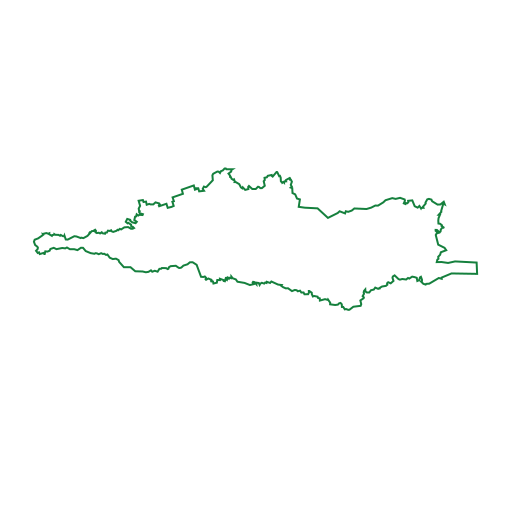 outline of Coatepec, Veracruz, Mexico, rotated 333°
{"feature_id": "50627088B84316937235456", "entity_name": "Coatepec", "entity_type": "district", "adm_level": 2, "iso_a3": "MEX", "parent_name": "Mexico", "parent_adm1": "Veracruz", "projection": "mercator", "projection_center": [-96.934, 19.445], "detail": "fine", "context": "isolated", "style": "outline", "palette": "green", "viewbox_px": 512, "rotation_deg": 333, "n_neighbors": 0, "source": "geoboundaries", "source_scale": "gbopen_adm2", "svg_char_len": 6118}
<svg xmlns="http://www.w3.org/2000/svg" viewBox="0 0 512 512"><g transform="rotate(333 256 256)"><path d="M64.6,142.5L64.2,145.9L65.4,148.5L65.4,149.7L64.4,150.8L62.4,151.5L62.9,154.2L64.3,154.2L64.2,156.1L68.6,156.9L68.1,158.9L70.4,156.2L72.2,157.4L74.5,157.6L76.0,156.4L79.5,156.9L81.3,159.3L87.0,160.9L89.5,162.6L91.4,162.6L93.3,165.5L97.1,167.4L99.6,169.7L103.8,169.2L105.6,170.2L106.5,174.3L110.0,178.4L113.1,180.7L114.2,180.6L115.4,181.4L116.7,183.0L119.3,183.2L120.5,184.7L121.8,185.1L122.9,187.0L124.3,187.2L124.9,191.1L127.0,193.7L130.0,194.8L131.7,197.3L131.4,199.1L133.2,206.0L139.1,209.0L141.5,214.8L147.9,218.3L150.5,220.5L153.0,221.3L155.9,221.1L156.4,222.9L159.1,223.2L161.2,225.3L164.1,223.6L165.8,224.3L166.7,224.0L170.4,226.0L171.4,227.6L172.2,227.6L173.3,226.5L175.3,226.3L180.1,228.3L181.8,231.5L182.7,232.1L184.2,232.4L187.0,231.6L191.2,232.3L194.2,231.6L196.7,232.8L199.1,236.9L197.6,249.6L199.6,250.8L201.1,251.0L201.6,252.6L200.5,253.8L200.7,254.5L203.3,254.4L204.8,256.2L205.3,257.2L204.6,257.5L205.4,257.3L205.4,257.9L203.8,258.3L205.4,258.4L206.1,259.2L205.6,261.2L209.0,262.0L210.6,259.8L212.9,261.1L213.5,259.9L216.5,263.1L216.0,263.7L216.8,264.4L219.2,261.8L219.8,262.0L218.7,263.1L219.2,264.2L221.1,262.5L221.6,263.9L222.4,263.3L223.8,264.5L224.7,263.0L225.1,265.2L227.4,267.7L227.8,270.5L233.6,274.8L237.4,279.1L241.1,280.0L241.0,278.1L241.7,277.7L242.6,278.4L243.5,281.5L244.2,279.9L246.2,281.3L246.1,283.4L247.2,282.6L249.0,282.5L250.8,284.3L252.2,283.8L253.1,284.8L253.9,283.9L256.3,286.4L258.1,285.7L262.7,291.5L265.7,293.5L264.9,293.9L266.0,296.1L267.9,298.4L269.9,299.3L272.1,303.6L275.2,303.9L276.7,305.0L277.2,306.4L279.5,306.9L279.8,309.1L281.8,310.1L281.8,312.1L285.1,313.7L286.6,312.6L287.2,311.2L287.6,311.4L289.0,314.0L288.4,315.4L288.3,317.9L289.6,318.0L292.4,320.2L292.2,321.5L293.6,322.7L292.7,324.7L297.9,325.8L300.0,327.7L300.4,327.4L300.9,331.3L300.1,332.7L304.3,335.6L306.9,336.5L308.6,335.9L310.0,336.2L310.5,338.0L309.4,340.4L310.6,341.0L310.9,343.9L312.1,344.1L313.8,345.9L314.9,346.3L319.7,345.4L326.6,347.9L327.9,346.7L328.8,343.0L332.7,342.5L333.3,341.8L332.8,340.2L335.1,338.7L335.4,337.3L336.5,336.1L338.2,335.4L337.4,337.3L338.2,338.8L340.4,339.9L342.9,338.7L345.7,339.4L347.9,338.3L349.9,340.7L351.3,341.0L351.3,340.6L354.4,340.4L358.2,341.6L360.0,341.2L360.2,340.2L361.0,339.5L361.9,339.4L363.6,341.5L367.2,340.6L367.7,337.4L368.6,336.4L370.7,336.2L372.5,341.3L373.5,342.4L375.9,342.9L379.1,345.1L381.5,344.6L382.3,345.7L385.8,345.3L387.7,346.8L389.3,348.4L388.4,351.5L390.4,351.6L392.4,349.5L393.5,349.4L393.1,352.6L392.4,353.7L391.4,353.5L392.5,356.8L394.2,358.5L395.0,358.1L397.8,359.3L408.9,358.6L411.1,360.6L411.6,359.5L422.3,360.3L444.9,372.3L449.6,362.0L430.9,351.2L424.0,349.4L418.6,345.6L414.3,343.5L415.9,341.6L417.3,341.3L418.0,339.4L420.6,338.5L422.4,336.6L428.1,337.2L427.7,334.3L423.5,328.6L425.7,318.9L427.2,317.9L429.0,318.2L427.5,315.1L427.9,314.3L429.0,314.9L430.3,318.3L431.6,317.9L432.7,316.3L434.2,315.6L435.3,315.4L436.5,316.4L435.0,313.5L435.6,313.0L434.7,310.9L433.3,309.9L434.5,307.2L435.8,305.2L438.6,302.8L437.5,302.2L441.2,300.8L441.3,300.1L445.9,295.2L447.2,295.0L447.6,295.6L447.9,292.9L443.7,293.8L441.1,292.6L437.8,287.2L437.9,285.4L436.0,283.6L434.3,283.3L431.3,285.3L431.0,286.3L427.2,287.9L427.1,289.1L425.2,288.2L424.6,288.6L424.3,285.6L422.0,286.3L420.0,283.7L420.5,277.4L416.6,275.9L416.1,277.3L414.7,277.7L413.6,276.9L412.8,277.6L411.6,276.2L413.8,274.4L414.1,273.1L410.8,269.6L406.3,268.5L403.7,266.3L396.7,265.1L393.8,266.0L387.6,266.5L385.2,265.2L380.6,265.2L375.8,264.3L365.2,258.3L361.9,259.0L358.2,258.5L356.3,256.9L354.7,258.5L350.8,254.1L348.3,254.8L337.4,254.7L332.5,241.5L321.4,235.1L316.4,231.6L320.8,225.5L318.6,223.4L318.9,218.9L317.1,216.5L319.1,212.0L318.0,210.8L319.4,210.4L319.3,208.4L321.7,206.1L321.7,203.8L321.0,203.4L321.6,202.2L321.5,201.8L317.3,201.9L316.4,202.3L316.5,203.1L314.6,202.5L314.3,203.2L314.1,202.6L313.1,202.7L313.3,202.3L312.4,202.1L312.1,200.7L313.6,197.3L313.7,195.5L312.9,195.4L313.0,190.9L312.4,190.5L306.9,192.8L306.4,191.7L306.7,190.9L302.9,189.9L301.4,190.8L299.1,190.2L298.3,192.3L296.8,192.9L295.7,197.4L292.1,198.2L290.7,197.5L289.9,195.7L289.2,195.2L286.2,196.2L283.1,194.6L281.5,190.4L280.4,190.9L279.6,192.9L276.4,192.2L275.4,188.8L274.5,189.5L273.7,188.0L273.7,184.4L271.5,180.9L270.5,180.4L271.0,179.9L271.2,177.7L270.3,177.8L269.3,176.1L269.4,174.2L268.8,173.7L269.4,172.7L268.9,170.1L272.2,169.5L273.2,168.1L274.3,168.0L269.0,165.3L268.8,164.3L267.7,163.8L265.2,164.7L263.2,164.5L261.6,165.7L261.0,163.9L259.9,163.2L255.2,163.3L253.8,164.3L251.9,168.9L243.4,171.9L242.5,171.9L241.1,170.5L239.0,172.0L239.3,174.3L234.7,172.6L235.3,169.4L233.5,168.5L233.4,169.4L231.7,169.2L232.6,164.9L220.0,163.2L219.1,167.4L208.3,165.9L207.7,169.9L206.1,169.7L205.4,174.0L203.0,173.9L199.2,173.0L199.9,168.8L192.3,167.7L192.4,166.8L193.7,166.4L193.6,165.2L190.8,162.6L187.9,163.4L185.5,162.2L184.5,161.1L181.9,160.7L182.7,157.6L180.3,156.8L180.6,154.8L176.5,153.5L175.5,158.7L173.0,160.5L172.3,162.8L172.7,163.3L171.8,163.8L171.9,165.2L174.2,167.4L173.5,168.0L170.9,166.4L169.4,166.5L168.6,164.7L167.2,166.3L166.1,166.1L163.9,168.7L165.3,171.4L163.6,172.1L161.0,169.8L159.9,167.3L160.3,166.6L158.1,164.5L155.5,166.4L156.4,168.6L157.3,168.5L158.9,171.4L158.3,173.0L159.5,174.1L160.0,175.7L158.5,175.7L157.0,175.0L155.2,172.2L151.7,170.7L147.9,171.1L147.0,170.0L145.0,170.5L144.5,169.8L143.1,170.2L139.7,169.7L138.4,168.2L138.5,167.3L137.1,167.3L135.6,166.2L133.8,167.4L132.4,166.8L131.6,167.6L129.5,166.0L129.3,164.8L127.3,165.1L126.5,163.9L124.6,163.3L123.8,162.1L124.8,161.0L124.6,159.6L123.3,159.7L123.1,160.2L121.0,159.3L119.5,159.8L118.8,159.4L118.1,159.8L118.4,160.3L114.9,161.6L110.3,161.7L108.6,160.3L107.9,160.4L104.9,157.1L103.1,155.9L95.7,155.9L94.0,154.9L94.6,150.8L94.0,151.4L92.8,150.5L91.6,148.6L90.6,149.0L89.6,147.5L86.8,146.0L86.2,144.9L85.8,145.4L84.0,144.9L83.3,145.4L81.6,142.7L82.1,141.9L81.0,141.8L79.6,140.4L77.2,139.8L76.5,140.3L76.0,139.7L75.9,140.4L75.0,140.7L69.8,141.4L66.2,141.0L64.6,142.5Z" fill="none" stroke="#15803d" stroke-width="2"/></g></svg>